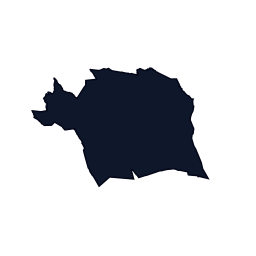 the district of Elverum nor, Hedmark, Norway, rotated 205°
{"feature_id": "86288312B6884926742190", "entity_name": "Elverum nor", "entity_type": "district", "adm_level": 2, "iso_a3": "NOR", "parent_name": "Norway", "parent_adm1": "Hedmark", "projection": "robinson", "projection_center": [11.871, 60.973], "detail": "fine", "context": "isolated", "style": "filled", "palette": "ink", "viewbox_px": 256, "rotation_deg": 205, "n_neighbors": 0, "source": "geoboundaries", "source_scale": "gbopen_adm2", "svg_char_len": 5728}
<svg xmlns="http://www.w3.org/2000/svg" viewBox="0 0 256 256"><g transform="rotate(205 128 128)"><path d="M104.8,192.9L109.7,190.5L110.3,190.4L123.3,190.7L124.0,190.5L124.4,190.9L124.7,190.9L126.1,190.6L127.0,191.2L127.6,191.4L128.0,191.3L129.4,191.4L129.6,191.6L130.0,191.2L130.3,191.2L130.8,191.8L131.3,192.0L131.8,192.0L131.9,191.7L132.4,191.5L132.9,191.8L133.7,191.3L133.7,190.8L133.5,190.5L133.5,190.3L133.2,189.8L134.2,189.7L134.7,189.9L135.0,189.8L135.0,189.3L134.9,189.1L135.2,188.9L135.3,188.7L135.1,188.3L135.4,188.2L135.7,188.4L135.9,188.4L136.1,187.8L136.5,187.7L137.3,187.1L137.9,186.9L138.5,187.0L139.4,186.9L142.2,186.9L142.5,186.5L142.5,186.1L143.8,185.1L143.7,184.9L144.1,184.5L143.7,184.2L143.7,183.9L143.9,183.7L143.5,183.5L143.2,182.9L143.3,182.6L143.1,182.4L143.1,182.2L142.3,182.1L142.1,181.9L142.3,181.6L142.1,181.5L142.1,181.2L142.3,181.0L141.9,180.7L142.1,180.5L141.8,180.4L142.4,179.7L142.9,179.8L143.3,179.6L144.7,179.4L145.4,179.1L147.7,178.8L147.9,178.7L148.3,178.2L149.0,177.8L151.3,177.6L151.7,177.0L152.9,176.9L153.6,176.7L154.2,176.6L154.3,176.4L154.7,176.2L155.2,176.3L156.0,176.1L156.5,175.7L156.9,175.8L157.2,176.0L157.4,175.8L157.3,175.6L166.1,173.2L166.8,173.1L169.0,173.3L170.7,173.7L172.7,171.9L173.7,171.8L175.0,171.5L178.0,168.1L180.5,167.1L186.9,165.0L186.9,164.9L186.6,164.8L186.2,164.4L185.8,164.2L185.6,164.0L184.6,163.7L184.3,163.9L184.2,163.9L183.8,163.5L182.7,162.9L181.9,162.3L181.2,161.9L181.0,161.6L179.8,160.8L179.1,160.5L177.9,159.5L177.7,159.0L177.3,158.7L186.3,153.2L184.3,148.8L184.9,146.7L186.7,133.3L187.6,133.6L188.2,133.3L188.5,133.5L189.1,133.5L189.7,134.0L190.2,134.0L190.2,134.3L190.6,134.4L191.0,134.8L191.9,135.0L192.3,134.8L192.8,134.9L192.8,135.2L193.0,135.3L193.3,135.6L193.7,135.7L194.4,135.3L195.7,135.5L196.4,135.0L196.6,135.0L197.1,134.8L197.7,134.8L198.1,134.5L198.1,134.4L199.2,134.3L199.7,134.5L200.1,134.6L201.1,134.3L202.1,134.2L202.4,134.3L202.8,134.7L203.5,134.9L203.8,135.1L204.1,135.4L204.0,135.5L204.3,135.9L204.3,136.2L204.8,136.3L205.5,136.6L205.6,136.9L205.9,137.0L206.6,137.7L207.2,137.8L207.6,138.1L208.2,138.3L208.5,138.2L209.6,138.2L210.0,138.7L210.6,138.9L211.7,139.5L212.2,140.0L212.2,140.3L212.7,140.5L212.8,140.8L213.4,140.9L213.9,141.3L214.5,141.6L214.8,141.6L215.3,141.4L215.5,141.8L215.9,141.9L215.9,141.5L215.3,140.9L214.5,140.5L214.2,140.1L214.0,139.3L213.8,138.9L213.7,137.8L213.3,137.2L213.5,136.6L212.7,135.5L212.8,135.3L212.4,134.9L212.3,134.6L211.8,134.0L211.5,133.3L211.5,132.9L211.4,132.7L211.1,132.5L211.0,132.0L210.7,131.8L210.4,131.3L210.4,130.9L210.6,130.0L210.4,129.6L210.3,128.7L210.5,127.9L210.7,127.3L211.1,127.0L211.6,127.0L212.1,126.8L213.3,127.2L214.2,126.9L214.8,127.0L215.0,127.0L215.1,126.8L215.6,126.5L215.6,126.4L215.1,126.0L214.7,125.3L214.3,125.0L214.7,124.9L215.1,124.5L215.4,124.5L215.8,124.4L216.3,124.5L216.5,124.3L216.5,124.0L216.2,123.8L216.4,123.4L216.3,122.8L216.1,121.6L216.6,120.4L216.9,119.3L215.8,118.9L215.9,118.4L215.1,118.1L215.0,117.9L214.7,117.8L214.8,117.6L214.7,117.5L214.2,117.2L214.3,116.9L214.0,116.9L213.9,116.8L213.5,116.8L213.5,116.7L213.1,116.3L212.8,116.4L212.3,116.1L211.6,116.3L211.1,115.8L211.1,115.6L211.3,115.4L211.2,115.2L211.5,114.4L211.0,113.9L211.3,113.8L210.8,113.3L211.0,113.1L210.5,112.9L210.5,112.7L210.3,112.4L210.3,112.2L210.5,112.0L210.7,111.9L210.7,111.7L209.7,111.5L209.6,110.6L209.3,110.2L208.9,110.2L209.0,109.9L208.6,109.5L213.7,105.9L222.0,103.1L221.0,102.1L219.8,101.5L219.4,100.8L218.5,99.9L217.7,99.2L217.4,99.1L217.3,98.9L217.2,98.7L217.5,98.4L217.4,98.3L217.5,98.1L216.6,98.0L216.6,97.9L216.0,98.1L215.3,98.0L215.3,97.8L215.4,97.7L215.0,97.6L214.7,97.7L214.6,97.9L214.1,97.8L213.7,97.6L213.3,97.7L212.9,97.4L211.9,97.0L211.5,97.1L211.3,96.8L210.7,96.7L210.3,96.7L210.1,96.5L209.5,96.4L208.5,95.8L208.0,95.7L207.8,95.4L206.6,95.5L205.1,95.0L198.6,98.2L198.3,99.0L197.0,102.4L189.2,101.6L188.8,101.8L186.4,100.5L185.6,100.2L185.2,99.9L184.3,99.7L176.1,105.0L175.9,104.9L175.9,104.6L176.1,104.4L176.1,104.1L175.2,103.9L175.0,103.7L174.6,103.7L173.7,102.9L173.8,102.7L173.7,102.6L172.0,101.9L171.9,101.8L172.0,101.7L171.7,101.6L171.8,101.5L171.6,101.4L171.7,101.1L170.9,100.8L170.9,100.7L170.4,100.5L169.9,100.0L169.4,99.9L169.0,99.3L168.0,98.9L167.6,98.3L165.8,97.7L165.3,97.3L165.1,97.3L164.9,97.0L164.1,96.7L163.9,96.6L164.0,96.3L163.7,96.1L163.4,95.5L163.0,95.2L163.1,94.6L162.6,94.5L162.0,94.2L161.9,93.9L161.2,93.7L161.2,93.4L160.5,92.7L160.1,92.5L158.8,91.6L158.8,88.9L154.7,83.9L147.5,75.5L147.3,75.2L147.0,75.0L146.5,75.0L146.5,74.8L146.4,74.7L145.4,74.1L145.0,73.6L144.5,73.3L144.0,72.4L143.3,72.2L142.6,71.5L141.8,71.2L140.5,70.2L139.9,70.1L137.8,68.9L129.6,63.1L124.0,75.9L101.4,84.2L102.3,85.2L102.6,85.2L102.6,85.6L107.3,91.2L106.7,91.8L106.3,91.5L105.7,92.0L102.1,89.9L100.7,89.3L100.5,89.1L99.3,89.2L98.8,89.0L99.1,88.8L98.7,88.4L98.0,88.2L97.3,87.7L91.8,92.8L91.5,92.8L81.1,102.7L79.2,103.7L78.0,104.9L77.3,105.3L75.6,106.7L69.2,110.5L67.9,110.7L67.3,110.9L65.0,110.9L64.3,111.1L63.1,111.8L61.7,112.0L61.3,112.2L60.5,112.3L55.5,113.6L53.5,111.1L52.2,111.5L44.7,114.3L44.1,113.6L43.8,113.6L42.6,114.4L42.0,114.5L34.0,116.1L43.0,122.4L47.2,127.7L58.1,137.7L58.6,137.9L61.1,139.8L66.1,145.5L66.6,147.3L66.9,147.4L67.0,147.7L67.0,149.8L66.7,150.4L68.1,154.9L68.6,155.4L68.6,155.6L68.9,155.7L75.1,161.5L76.1,164.6L76.2,165.4L76.5,167.9L76.4,170.9L77.4,174.6L77.6,175.3L79.0,176.4L80.8,179.6L81.0,180.2L81.1,181.7L82.9,181.1L86.2,182.7L88.5,182.6L91.5,183.8L92.1,184.3L93.3,184.4L95.6,185.4L95.7,185.5L95.8,185.5L95.7,185.7L95.7,185.8L96.2,186.0L96.1,186.3L96.6,186.3L97.1,186.6L98.0,187.1L98.9,187.3L98.6,187.6L99.1,187.7L99.0,187.9L99.1,188.0L99.3,188.3L99.7,188.8L104.8,192.9Z" fill="#0f172a" stroke="#020617" stroke-width="1.5"/></g></svg>